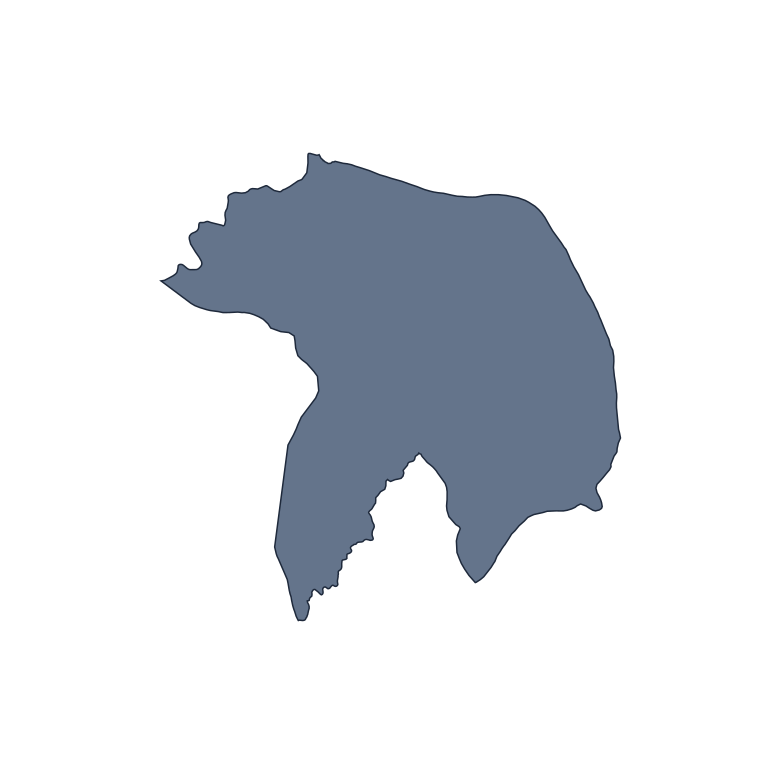 outline of Xieng Ngeun, Louangphrabang, Laos, rotated 132°
{"feature_id": "54806243B25944960154772", "entity_name": "Xieng Ngeun", "entity_type": "district", "adm_level": 2, "iso_a3": "LAO", "parent_name": "Laos", "parent_adm1": "Louangphrabang", "projection": "natural_earth1", "projection_center": [102.356, 19.612], "detail": "fine", "context": "isolated", "style": "filled", "palette": "slate", "viewbox_px": 768, "rotation_deg": 132, "n_neighbors": 0, "source": "geoboundaries", "source_scale": "gbopen_adm2", "svg_char_len": 6171}
<svg xmlns="http://www.w3.org/2000/svg" viewBox="0 0 768 768"><g transform="rotate(132 384 384)"><path d="M456.6,618.7L453.2,581.4L452.3,577.0L450.5,572.2L447.4,565.5L445.6,562.2L441.0,555.5L438.7,551.5L434.7,547.1L428.3,540.7L425.8,537.2L424.4,535.8L421.3,531.1L419.5,527.0L417.8,522.0L416.7,517.0L416.9,510.3L418.2,505.6L414.2,495.8L409.4,489.1L408.4,482.9L411.4,479.1L416.4,473.7L420.6,466.9L420.9,461.7L420.4,455.0L421.6,444.4L422.8,438.6L432.8,427.9L440.1,425.4L464.0,423.3L472.0,420.7L476.2,419.1L482.4,417.2L493.6,414.5L578.3,356.2L582.3,350.4L583.7,347.9L584.5,345.8L590.9,331.8L594.0,325.1L596.2,322.1L600.7,316.4L602.8,313.4L604.4,310.6L606.5,308.0L609.7,303.6L611.6,300.5L612.8,298.2L615.4,293.8L616.9,290.1L617.1,289.4L616.9,289.3L616.2,289.0L614.3,286.3L613.4,285.5L612.5,285.0L611.9,284.9L611.2,285.0L610.2,285.3L608.4,285.6L608.0,285.9L606.3,286.5L602.9,288.5L600.8,289.5L599.3,290.9L598.2,292.7L598.0,293.4L597.6,294.5L596.5,295.9L596.2,295.7L595.3,294.9L594.9,294.8L594.5,295.0L593.8,295.5L593.0,295.8L592.1,296.0L590.1,295.7L589.7,295.9L588.3,296.9L587.2,298.2L586.5,298.5L585.7,298.7L584.3,298.8L583.7,298.6L583.2,298.2L582.8,297.6L582.8,295.8L582.6,294.6L582.8,291.1L582.7,289.9L582.6,289.5L581.7,289.1L580.7,289.2L579.7,289.8L579.2,290.3L577.5,292.3L576.8,292.6L576.1,292.7L575.4,292.7L574.6,292.3L574.1,291.7L573.9,290.8L573.8,289.5L573.7,288.8L573.4,288.4L572.4,287.8L571.9,287.7L569.5,287.9L568.2,287.7L567.8,287.3L567.5,286.8L567.4,285.7L566.9,284.7L566.0,284.0L565.4,283.9L564.7,283.9L564.2,284.0L563.7,284.3L562.4,286.0L561.5,286.9L560.1,287.8L559.3,288.3L557.9,289.2L557.1,290.0L555.7,290.8L554.4,292.2L553.7,292.5L552.9,292.5L551.4,292.1L550.8,292.1L550.1,292.1L549.5,292.3L548.7,292.7L548.1,293.1L545.6,295.4L543.6,296.8L543.2,297.0L542.7,297.0L542.3,296.8L539.9,295.1L539.1,294.9L538.5,294.9L538.2,295.0L537.4,296.0L536.5,296.5L535.9,297.2L535.4,297.5L534.8,297.5L533.5,296.7L532.0,296.1L530.5,296.0L529.6,296.5L529.3,296.9L529.1,297.3L528.9,298.2L528.4,299.0L528.1,299.4L527.1,299.7L526.3,299.7L524.4,299.1L523.3,299.0L522.7,298.3L521.7,297.7L521.3,297.6L519.9,297.8L519.5,297.7L518.5,297.0L516.4,295.0L515.6,294.5L515.2,294.3L513.3,294.2L512.3,293.9L511.4,293.2L511.1,292.8L510.2,291.3L509.5,289.8L509.0,289.2L508.0,288.5L507.6,288.2L507.1,288.2L506.6,288.3L506.1,288.6L505.5,289.5L504.6,291.2L503.7,292.3L501.8,293.7L500.8,294.3L497.7,295.2L496.7,295.7L496.3,296.1L495.3,297.3L494.6,299.2L493.8,301.0L491.6,304.2L491.2,304.9L490.6,306.5L490.2,308.6L489.8,309.4L489.3,309.7L487.8,309.8L485.7,309.5L484.7,309.5L479.8,310.5L478.2,310.6L476.2,312.1L474.0,314.1L470.9,314.0L466.4,314.5L461.7,313.0L458.4,314.5L454.9,317.5L452.6,317.5L452.5,315.7L452.0,313.9L447.7,311.8L445.2,309.9L442.7,308.2L439.8,308.2L436.9,309.7L435.3,312.0L428.9,312.2L428.2,312.4L427.6,312.9L426.8,313.1L426.1,313.1L425.1,312.9L422.7,311.3L421.8,310.8L421.1,310.7L420.2,310.7L419.6,310.8L417.2,312.1L415.9,312.2L413.8,311.6L412.0,311.9L412.1,311.2L411.9,310.5L411.4,309.7L411.5,309.2L412.1,308.1L412.4,306.7L412.9,302.5L413.3,300.2L413.3,297.9L413.1,296.2L413.0,293.2L413.0,291.8L413.3,288.9L413.6,286.8L414.2,284.7L416.9,272.1L418.9,268.4L421.8,265.0L427.8,259.7L432.8,255.9L435.7,252.7L439.2,246.9L440.4,236.6L439.7,232.6L440.5,230.5L446.9,228.2L452.2,225.2L460.4,217.0L463.2,211.5L465.6,206.4L467.6,200.2L469.4,192.8L470.5,183.3L469.6,182.8L464.8,181.5L460.5,180.9L448.7,181.7L443.1,182.7L441.8,182.8L436.5,184.8L430.5,185.6L427.5,186.2L424.3,186.6L422.4,186.7L414.9,187.9L410.1,188.8L405.4,188.5L399.0,188.8L391.9,188.0L386.9,187.9L383.2,186.4L380.6,185.2L373.2,179.9L369.4,177.6L363.0,171.1L360.5,168.2L358.2,165.7L355.3,163.4L351.3,161.0L347.9,159.5L345.1,159.0L341.6,157.6L339.5,152.3L338.9,148.3L338.0,144.2L336.8,141.9L333.5,139.7L330.9,139.1L329.1,139.8L326.7,142.8L325.2,145.3L323.9,148.1L322.2,153.0L319.6,156.8L316.1,158.6L311.5,158.5L306.9,158.6L300.8,158.9L296.8,159.0L293.6,159.9L291.9,161.7L283.6,164.8L280.6,165.1L278.6,165.5L275.9,167.6L271.0,170.4L265.9,172.1L262.8,176.2L260.8,179.3L246.2,195.2L242.6,198.6L238.3,202.0L235.7,204.4L233.0,207.7L228.4,212.7L224.1,218.0L218.3,224.4L213.3,228.4L209.7,231.8L205.8,236.7L204.0,241.4L200.2,246.9L197.9,252.3L194.4,259.5L191.2,266.0L190.1,268.6L187.7,273.2L185.4,279.1L183.8,282.6L181.5,289.2L180.8,292.1L179.3,296.9L172.6,312.7L169.9,321.3L166.9,328.7L165.0,332.5L162.3,338.7L161.8,341.9L160.5,346.5L157.4,361.1L155.7,366.5L152.5,376.1L151.4,381.2L150.9,385.7L150.9,390.7L152.1,398.0L153.1,402.0L156.0,409.1L162.0,419.2L166.7,425.6L171.7,431.2L176.4,435.4L180.6,438.5L183.9,441.1L186.2,443.6L189.3,447.2L192.3,451.4L195.3,455.0L198.1,459.6L202.4,467.3L205.6,471.7L208.0,475.4L209.9,478.9L212.3,483.8L213.8,487.7L215.2,491.5L218.2,498.4L221.5,506.5L226.3,516.2L228.5,521.2L231.4,527.1L235.2,537.6L238.9,545.9L241.2,550.8L242.7,554.7L244.9,558.6L247.3,562.0L251.3,569.4L252.2,569.6L253.6,571.0L255.4,571.2L256.1,571.6L257.1,572.7L257.6,573.1L257.6,573.9L258.3,576.3L258.4,577.2L258.3,578.0L258.7,578.7L258.3,579.4L258.4,581.8L257.3,584.7L257.0,585.7L257.7,585.9L259.1,587.2L262.1,593.2L263.1,594.2L264.0,594.2L265.7,592.9L270.7,588.3L278.7,582.7L286.6,581.9L287.9,582.3L290.7,583.8L300.3,586.1L305.4,587.9L307.1,588.9L310.0,589.4L311.1,590.4L312.0,592.0L313.7,595.1L314.8,602.3L315.1,603.8L315.9,604.6L323.6,608.3L325.0,610.2L326.8,612.5L328.1,613.4L329.4,613.9L331.5,613.9L334.6,615.0L337.5,617.6L340.7,622.1L342.1,623.4L345.1,624.9L346.9,625.5L348.2,625.6L349.6,625.0L351.8,622.4L353.3,621.3L358.4,618.1L360.6,617.6L362.8,616.8L365.0,615.1L368.2,611.3L370.4,610.0L372.3,609.0L373.4,609.0L374.1,609.4L374.5,610.7L379.9,620.8L381.1,623.7L382.2,624.7L384.2,625.7L385.2,626.6L387.0,628.6L388.0,628.9L389.2,628.4L391.9,626.3L393.5,625.6L395.6,625.5L397.8,626.2L400.1,627.3L401.6,627.7L403.9,627.6L405.4,626.8L406.6,625.6L409.4,621.3L412.0,612.5L413.5,606.1L415.0,601.7L416.1,600.2L417.5,599.2L419.5,598.8L422.4,599.0L424.0,599.6L425.1,600.6L428.5,604.3L429.4,605.6L429.8,607.4L430.0,612.5L430.3,613.9L431.0,615.0L432.0,615.9L433.0,616.2L433.8,616.1L436.0,614.5L438.7,613.0L440.0,612.5L441.8,612.5L444.6,613.1L449.4,614.8L453.9,616.5L456.6,618.7Z" fill="#64748b" stroke="#1e293b" stroke-width="1.5"/></g></svg>